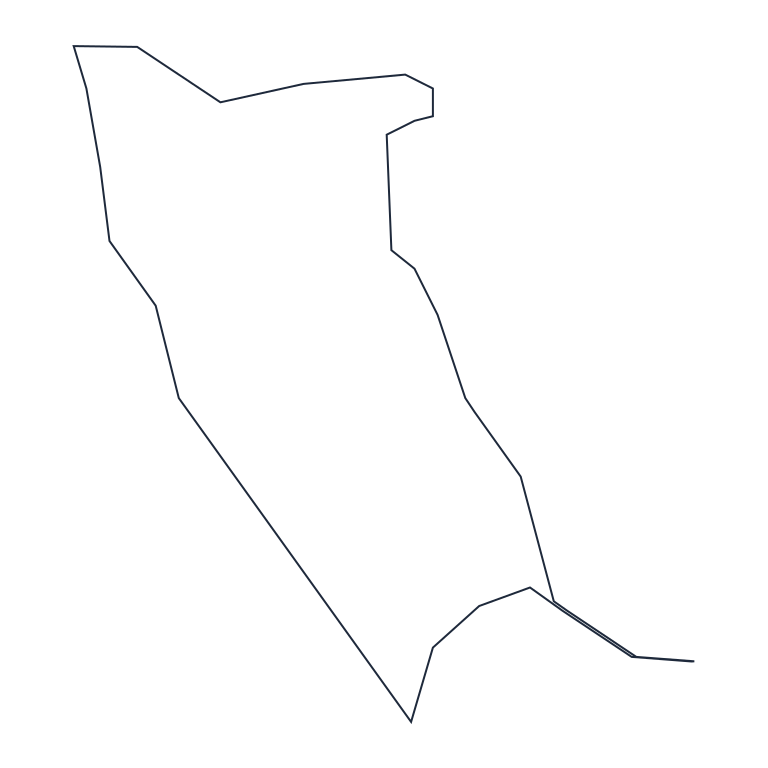 Geumcheon-gu, Seoul, South Korea
{"feature_id": "91817680B69479464976516", "entity_name": "Geumcheon-gu", "entity_type": "district", "adm_level": 2, "iso_a3": "KOR", "parent_name": "South Korea", "parent_adm1": "Seoul", "projection": "mercator", "projection_center": [126.913, 37.452], "detail": "fine", "context": "isolated", "style": "outline", "palette": "slate", "viewbox_px": 768, "rotation_deg": 0, "n_neighbors": 0, "source": "geoboundaries", "source_scale": "gbopen_adm2", "svg_char_len": 503}
<svg xmlns="http://www.w3.org/2000/svg" viewBox="0 0 768 768"><path d="M411.1,721.9L432.9,647.6L479.2,606.0L530.0,587.5L562.3,610.6L631.7,656.9L691.7,661.5L694.3,661.3L636.3,656.9L567.0,610.6L553.8,601.3L520.7,476.6L474.5,411.9L465.3,398.1L437.6,314.9L414.5,268.7L391.4,250.2L386.7,134.7L414.5,120.8L432.9,116.2L432.9,88.5L405.2,74.6L303.6,83.9L220.4,102.3L137.2,46.9L73.7,46.1L86.4,88.5L100.2,167.0L109.5,241.0L155.7,305.7L178.8,398.1L411.1,721.9Z" fill="none" stroke="#1e293b" stroke-width="2"/></svg>